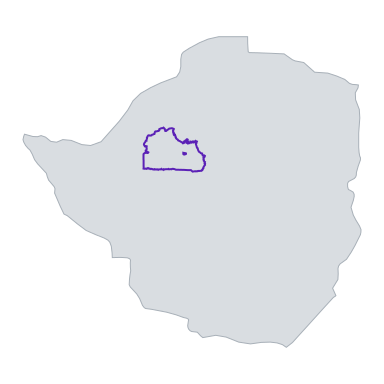 location of Gokwe South, Midlands, Zimbabwe
{"feature_id": "62879985B62286453442238", "entity_name": "Gokwe South", "entity_type": "district", "adm_level": 2, "iso_a3": "ZWE", "parent_name": "Zimbabwe", "parent_adm1": "Midlands", "projection": "mercator", "projection_center": [28.824, -18.131], "detail": "fine", "context": "in_parent", "style": "outline", "palette": "violet", "viewbox_px": 384, "rotation_deg": 0, "n_neighbors": 0, "source": "geoboundaries", "source_scale": "gbopen_adm2", "svg_char_len": 7705}
<svg xmlns="http://www.w3.org/2000/svg" viewBox="0 0 384 384"><path d="M286.3,347.3L282.4,344.6L277.0,342.9L270.2,342.1L261.3,342.4L250.4,343.9L238.7,342.1L226.2,337.1L215.8,335.3L203.4,337.5L202.8,337.6L200.7,335.9L197.3,332.2L191.6,331.5L190.1,330.7L188.8,329.3L188.0,327.6L187.7,325.7L188.6,319.6L188.1,319.0L186.6,318.2L183.5,317.5L176.0,314.8L166.7,312.2L151.5,309.3L145.6,308.5L144.2,307.6L142.5,305.4L139.6,298.5L136.8,294.0L130.3,287.0L129.2,284.8L129.5,279.2L130.0,274.8L130.7,270.9L130.4,267.4L130.3,263.0L130.5,260.0L129.6,258.7L127.3,257.8L120.5,257.4L112.3,257.6L112.1,253.1L111.3,246.2L109.8,242.2L107.9,240.1L104.1,238.0L96.5,235.0L86.2,230.5L77.3,223.8L67.2,215.6L64.0,214.1L60.3,206.4L54.6,193.1L55.0,188.7L54.1,186.6L48.6,180.1L47.3,176.7L46.4,173.3L37.6,163.8L34.6,159.7L32.3,154.3L30.0,150.1L28.1,148.4L25.6,145.5L23.8,142.2L23.0,139.7L23.7,136.4L24.5,134.2L32.9,136.5L37.5,136.7L41.1,135.6L45.5,137.1L50.8,141.4L56.6,142.2L62.8,139.6L71.2,140.4L81.8,144.6L90.6,145.5L101.1,141.7L110.4,131.2L119.2,121.3L127.8,110.0L133.0,100.8L140.6,93.4L150.7,87.6L160.9,82.8L176.6,76.8L179.7,72.0L180.8,66.6L180.8,59.2L181.6,54.4L183.2,52.2L185.8,50.5L189.2,48.3L199.5,42.7L208.1,39.1L218.7,36.7L230.2,36.7L241.3,36.7L247.6,36.7L247.7,43.8L248.2,51.8L249.4,52.6L257.8,52.8L271.2,53.3L284.1,53.9L292.3,59.7L295.1,60.9L303.7,62.5L314.6,72.2L327.8,73.1L336.9,76.1L344.9,79.5L349.5,83.4L352.4,84.4L356.5,84.7L358.4,85.0L358.0,87.9L355.3,92.8L355.6,99.8L359.3,109.5L359.8,118.0L358.7,132.9L358.7,147.4L359.1,152.6L359.7,156.0L360.5,157.9L360.4,160.0L358.2,166.1L356.4,172.5L356.3,175.1L355.7,176.9L354.3,178.5L348.6,181.5L347.6,183.3L347.6,186.7L348.4,189.5L350.5,190.5L353.1,192.1L354.1,194.2L354.2,196.4L353.3,200.5L351.0,207.3L353.3,215.1L355.9,220.1L359.5,226.0L361.0,229.6L360.9,232.2L360.4,234.7L355.0,245.5L351.2,252.2L346.5,259.3L340.2,263.8L338.6,266.0L338.0,268.5L338.2,273.8L337.9,279.5L332.6,288.2L335.9,295.6L335.2,296.3L333.4,297.4L325.7,305.8L318.0,314.3L312.3,320.6L305.9,327.7L298.6,335.7L292.5,342.5L286.3,347.3Z" fill="#d9dde1" stroke="#a8b0b8" stroke-width="1"/><path d="M143.5,154.4L143.5,159.5L143.6,160.2L143.6,166.4L143.7,167.3L143.6,167.9L143.5,168.6L143.9,168.7L144.2,168.7L144.9,168.8L145.4,168.6L145.7,168.7L146.1,168.6L146.3,168.7L146.4,168.8L146.7,168.9L147.3,168.3L147.7,168.4L147.9,168.2L148.3,168.4L148.4,168.2L148.6,168.3L148.8,168.5L149.4,168.5L149.7,168.7L150.2,169.1L150.7,168.8L151.3,168.8L152.1,169.2L152.6,169.1L153.2,169.5L153.8,169.4L154.1,169.5L154.2,169.4L154.3,169.5L154.8,169.2L155.4,169.5L155.8,169.4L156.1,169.5L156.3,169.4L156.6,169.5L157.2,169.3L157.9,169.7L158.0,169.5L158.5,169.6L158.8,169.4L159.5,169.4L160.0,169.4L160.5,169.4L160.7,169.2L161.2,169.2L161.3,169.1L161.4,169.3L162.2,169.5L162.6,169.4L162.8,169.5L163.2,169.3L163.5,169.6L163.6,169.4L164.1,169.5L164.2,169.3L164.6,169.4L164.8,169.3L165.2,169.3L165.7,169.2L167.5,169.2L168.2,169.1L168.4,169.0L168.5,169.2L168.8,169.3L169.1,169.2L169.4,169.3L170.0,169.2L170.4,169.2L170.7,169.1L171.0,169.1L171.6,169.3L171.8,169.2L172.1,168.9L173.1,168.8L173.6,169.0L174.5,169.1L175.8,169.7L176.2,169.7L184.4,169.9L187.4,170.1L190.9,170.1L192.6,171.6L195.3,171.2L195.8,171.4L196.0,171.3L196.5,171.3L196.9,171.2L197.1,171.3L197.8,171.0L198.0,171.1L198.5,170.9L199.1,171.0L199.4,171.0L200.1,170.8L200.7,170.8L201.0,170.9L201.4,170.8L201.6,170.6L202.0,170.4L202.0,170.0L202.2,169.9L202.4,170.0L202.5,169.9L202.6,169.1L203.0,168.8L203.0,168.3L203.2,168.1L203.3,168.1L203.5,168.0L203.5,167.8L203.4,167.6L203.5,167.1L203.7,166.8L204.0,166.3L204.2,166.1L204.4,165.5L204.7,165.3L204.7,165.2L205.0,164.9L204.9,164.7L205.0,164.0L204.7,163.7L205.0,163.4L204.8,163.1L204.9,162.8L204.6,162.4L204.8,162.0L204.5,161.9L204.1,161.2L204.0,160.7L203.8,160.6L203.9,160.2L203.5,159.7L203.7,159.3L203.7,159.0L203.5,158.7L203.6,158.1L203.5,157.7L203.9,157.6L204.0,157.3L204.2,157.2L204.4,157.0L204.5,156.9L204.3,156.6L204.5,156.5L204.5,156.3L204.8,156.2L204.9,155.9L204.0,155.3L203.3,155.5L202.9,155.6L202.7,155.5L202.4,154.5L202.1,153.9L202.1,153.5L201.1,153.3L200.8,153.2L200.2,152.5L198.8,151.6L198.4,150.5L198.2,150.3L197.9,149.4L197.9,149.0L197.6,148.6L197.6,148.1L197.3,147.8L196.9,147.6L196.7,146.7L196.3,145.4L196.2,145.0L195.9,144.3L196.0,143.5L196.4,143.2L196.2,142.3L196.6,142.0L196.8,141.9L196.9,141.6L196.6,141.5L196.5,141.3L196.2,141.3L196.3,141.5L196.2,141.6L196.0,141.4L195.9,141.9L195.5,141.9L195.1,141.4L195.0,141.5L194.9,141.5L194.7,141.5L194.4,141.7L194.5,141.7L194.5,141.9L194.3,141.8L194.3,142.1L194.1,142.1L194.1,141.8L193.9,141.8L194.0,141.9L194.0,142.0L193.7,141.9L193.6,142.2L193.7,142.4L193.5,142.5L193.3,142.4L193.3,142.0L193.2,142.0L193.2,141.8L193.4,141.9L193.4,141.7L193.1,141.8L193.1,142.3L192.9,141.9L192.5,141.9L192.4,142.0L192.5,142.1L192.3,142.0L192.3,141.8L192.2,141.8L192.0,142.2L191.7,142.6L191.4,142.4L191.4,142.2L191.5,142.2L191.2,142.1L191.0,142.3L190.8,142.3L190.7,142.2L190.7,142.4L190.4,142.4L190.4,142.2L190.2,142.3L190.2,142.5L189.9,142.7L189.8,142.9L189.6,142.8L189.4,143.1L189.2,143.2L188.9,143.3L188.8,143.2L188.6,143.4L188.3,143.4L188.3,143.2L188.2,143.2L187.6,143.3L187.4,143.2L187.7,143.1L188.0,142.9L188.4,142.6L188.5,142.4L188.2,142.4L188.4,141.9L188.2,141.8L187.8,141.9L187.5,141.9L187.2,142.3L187.1,142.6L186.9,142.3L186.7,142.4L187.1,141.9L186.6,141.8L186.6,141.7L186.9,141.6L187.2,141.6L187.3,141.5L187.1,141.3L187.0,140.9L187.6,141.1L187.8,141.0L187.6,140.6L186.9,140.3L186.8,139.9L187.1,139.7L187.5,139.9L187.7,139.7L187.5,139.4L186.9,139.6L186.7,139.4L186.3,139.7L186.1,140.2L186.2,140.4L186.0,140.7L185.6,140.8L185.8,141.2L185.6,141.2L185.6,141.4L185.5,141.7L185.5,141.4L185.3,141.2L185.2,141.5L184.9,141.6L185.0,141.7L184.8,141.6L184.7,141.7L184.9,142.1L184.6,141.8L184.5,142.0L184.4,142.1L184.3,141.9L184.4,141.6L184.2,141.5L184.0,141.9L183.8,142.0L184.2,142.1L184.2,142.4L183.9,142.6L183.9,142.8L183.4,142.8L183.3,143.2L183.0,143.3L182.8,143.3L182.4,142.7L181.8,142.2L180.7,141.7L180.4,141.5L179.9,141.2L179.7,141.0L179.0,140.8L178.7,140.6L178.1,140.4L177.9,140.0L177.9,139.8L177.7,139.5L176.9,139.1L176.4,138.7L176.2,138.2L175.9,138.0L175.8,137.6L175.9,137.4L175.6,137.1L175.7,136.9L175.7,136.7L175.3,135.6L175.0,135.3L175.0,135.1L174.3,135.3L174.0,135.0L174.0,134.7L173.8,134.6L173.7,134.2L174.0,134.0L174.2,133.4L173.9,133.0L173.7,133.1L173.5,132.7L173.2,132.6L173.1,131.9L173.2,131.6L173.1,131.3L173.2,131.2L173.0,130.7L173.6,129.7L173.7,129.4L173.4,129.4L173.4,129.2L173.4,128.7L172.4,128.4L172.0,128.2L169.2,128.6L168.3,129.4L167.3,129.9L167.1,130.2L166.9,130.3L166.3,130.9L165.3,131.0L165.2,130.8L165.2,130.5L165.4,130.1L165.0,129.9L164.8,129.7L164.5,128.9L164.6,128.7L163.5,127.6L162.4,128.2L161.2,128.2L160.8,128.5L159.9,128.9L159.7,128.9L159.3,129.1L159.2,129.7L159.3,130.4L159.1,130.6L158.7,130.6L158.3,130.8L158.2,131.0L157.2,131.1L156.8,131.4L155.4,131.4L154.9,132.0L154.6,133.0L154.6,133.8L154.4,134.0L153.7,134.1L153.1,134.5L152.1,134.7L151.6,135.1L151.5,135.4L151.2,135.5L150.7,135.6L150.3,135.5L149.7,135.6L149.4,135.4L149.0,135.3L148.3,135.4L147.7,136.1L147.3,137.1L147.1,137.3L147.1,137.6L146.9,137.8L147.0,138.6L146.8,139.0L146.6,139.5L146.4,140.3L146.5,140.7L145.7,140.9L145.4,141.8L144.6,142.8L144.1,143.6L143.9,144.4L144.3,145.5L144.7,145.8L144.9,146.4L145.2,146.5L145.8,146.0L146.7,146.3L146.5,146.9L146.6,147.9L146.7,148.4L146.6,148.6L146.6,149.9L145.7,150.4L145.6,150.9L145.9,151.3L145.8,151.8L148.0,152.1L148.3,152.3L147.8,153.0L147.5,153.0L146.2,152.8L144.8,153.0L143.7,153.8L143.5,154.4ZM183.3,154.0L183.3,152.8L183.7,152.9L184.4,153.2L184.5,153.0L185.5,153.2L185.4,153.5L185.7,153.5L186.0,153.7L186.0,153.9L185.6,154.2L185.3,154.1L184.5,154.5L184.0,154.5L183.7,154.4L183.3,154.0Z" fill="none" stroke="#5b21b6" stroke-width="2"/></svg>